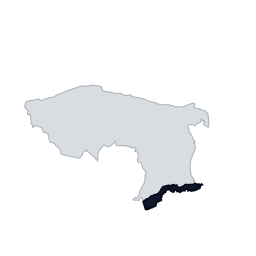 location of Putumayo, Loreto, Peru, rotated 131°
{"feature_id": "86281439B99020092108711", "entity_name": "Putumayo", "entity_type": "district", "adm_level": 2, "iso_a3": "PER", "parent_name": "Peru", "parent_adm1": "Loreto", "projection": "mercator", "projection_center": [-73.854, -1.731], "detail": "fine", "context": "in_parent", "style": "filled", "palette": "ink", "viewbox_px": 256, "rotation_deg": 131, "n_neighbors": 0, "source": "geoboundaries", "source_scale": "gbopen_adm2", "svg_char_len": 8532}
<svg xmlns="http://www.w3.org/2000/svg" viewBox="0 0 256 256"><g transform="rotate(131 128 128)"><path d="M178.8,76.5L178.8,77.1L178.0,77.5L177.2,77.0L176.1,77.1L174.4,75.6L170.4,75.8L168.7,77.6L166.0,78.0L163.2,78.8L159.9,79.2L154.8,82.0L153.6,83.2L151.3,84.9L149.4,85.4L148.5,90.6L146.6,93.7L145.9,95.3L146.9,97.8L146.9,99.0L145.8,100.0L145.0,100.2L143.2,101.2L140.6,103.5L140.2,105.3L141.0,107.6L140.7,107.9L138.5,108.3L138.6,109.6L138.2,110.1L140.0,112.0L141.0,112.4L141.1,112.9L140.9,113.4L140.5,113.6L140.4,114.0L141.8,115.4L142.7,118.1L144.6,119.5L144.7,120.4L145.2,121.3L146.2,122.0L148.5,124.7L148.6,126.0L146.2,129.0L150.1,129.0L154.5,130.0L155.1,130.5L155.7,131.8L155.7,132.7L156.6,133.4L156.5,135.1L162.3,135.1L166.0,134.7L172.1,129.7L173.0,129.3L172.5,130.4L172.5,131.2L172.8,132.0L172.1,133.2L172.0,145.4L173.1,144.7L174.5,145.9L175.6,145.9L178.9,144.6L182.7,144.8L191.7,160.7L191.0,161.8L191.0,162.7L189.9,163.4L188.8,164.6L188.7,171.0L187.8,173.0L188.3,174.0L188.8,176.0L189.7,177.2L189.9,178.0L189.8,178.3L188.5,179.0L188.4,180.2L186.2,182.5L185.8,184.0L184.9,184.5L184.8,186.3L186.8,189.1L185.5,190.8L184.3,193.3L186.4,198.7L187.2,199.4L188.1,199.4L189.4,199.9L190.1,200.7L188.5,201.7L188.2,202.1L188.4,203.9L186.6,205.2L184.1,208.5L183.5,208.7L182.3,209.7L182.1,210.2L182.3,210.7L183.3,211.7L183.4,213.0L181.7,214.5L180.4,214.6L180.0,215.0L180.5,217.1L180.5,218.1L180.1,219.2L179.2,220.4L176.6,221.6L174.3,221.8L170.3,218.7L169.0,217.5L165.0,214.8L164.4,212.1L163.0,210.7L160.6,209.7L158.7,208.3L157.2,207.6L153.6,204.5L150.3,203.6L144.2,200.3L140.9,199.2L136.7,196.2L134.4,195.4L132.6,194.0L127.1,191.0L126.2,190.0L125.3,188.5L124.1,187.6L122.7,185.6L120.7,184.4L118.7,182.8L116.3,178.6L115.1,177.6L115.0,175.7L114.2,174.8L115.4,174.2L116.2,171.2L115.8,169.7L113.0,165.7L112.4,164.1L110.4,161.0L109.7,159.2L108.0,157.8L107.3,156.7L106.4,156.2L106.4,154.8L105.7,152.1L104.8,150.8L101.6,148.2L101.3,145.5L100.5,143.6L96.0,135.9L93.4,128.6L91.2,124.5L90.3,122.2L90.2,120.9L88.6,118.7L87.7,116.8L84.0,113.0L81.9,108.7L81.6,107.5L80.1,105.1L77.8,102.1L76.6,100.9L69.6,97.2L66.2,94.9L65.8,93.7L66.0,93.1L66.7,92.4L67.7,92.9L68.4,92.7L68.8,91.9L68.8,90.6L68.2,89.0L66.0,85.9L66.6,84.5L64.3,80.9L64.8,77.4L65.3,76.5L68.7,72.9L69.7,71.4L71.2,70.4L72.7,69.0L74.5,67.9L75.0,68.3L75.5,70.2L75.4,71.5L75.9,72.9L74.7,74.1L73.3,73.9L72.8,74.2L72.6,74.8L72.8,75.8L73.2,76.2L74.2,76.2L72.8,78.1L72.9,78.4L73.9,78.8L74.8,78.3L75.7,77.2L76.3,77.1L79.8,78.9L81.4,78.7L82.6,79.5L82.8,80.9L84.5,83.5L87.0,84.1L87.5,83.9L88.1,82.9L88.6,82.8L88.7,81.3L91.0,79.8L91.3,78.7L91.0,78.0L91.0,77.4L92.3,74.0L92.8,73.6L93.1,72.5L93.7,71.8L94.4,68.0L95.0,68.0L95.6,68.9L96.3,68.7L95.9,67.8L96.0,67.5L98.5,64.5L99.3,63.8L111.2,59.6L117.1,55.3L122.4,49.2L124.0,43.1L124.6,43.5L125.6,43.4L125.3,40.9L125.5,39.7L125.5,39.4L123.8,37.9L123.2,36.3L121.7,35.4L121.8,35.0L123.3,35.3L124.7,35.2L125.8,34.2L126.7,34.3L128.7,35.7L130.1,35.8L130.6,36.8L132.0,37.5L134.0,39.6L134.9,41.9L134.8,42.3L135.7,43.5L137.6,44.1L139.6,45.8L141.6,46.3L142.5,47.9L143.0,48.4L143.3,49.2L143.0,50.3L143.3,50.8L144.7,51.7L146.0,51.8L146.3,52.2L147.0,54.7L146.5,56.0L146.7,56.7L148.4,57.3L148.9,57.9L150.2,58.0L152.0,57.5L154.4,58.2L156.1,58.0L157.0,57.8L157.8,57.2L158.5,57.2L160.3,55.6L160.8,55.5L162.8,56.2L164.4,57.3L166.4,57.1L167.3,56.4L168.7,56.0L171.4,57.4L172.0,58.0L172.7,58.1L175.5,59.5L176.0,60.0L177.5,60.6L177.8,61.0L177.7,61.5L171.1,71.9L173.2,72.7L175.1,72.2L176.1,72.9L176.8,74.6L178.3,75.7L178.8,76.5Z" fill="#d9dde1" stroke="#a8b0b8" stroke-width="1"/><path d="M173.7,68.3L177.9,61.6L177.8,61.2L177.8,60.8L177.6,60.5L177.3,61.0L177.1,61.0L176.9,60.9L176.9,60.5L176.8,60.3L176.7,60.3L176.5,60.6L176.3,60.5L176.2,59.7L175.8,59.4L175.3,59.8L174.9,59.6L174.9,59.4L175.4,59.2L175.5,59.1L174.8,58.9L174.4,59.2L174.2,59.2L173.9,58.8L173.8,58.5L173.3,58.7L173.0,58.2L172.7,58.1L172.9,58.4L172.9,58.6L172.6,58.8L172.2,58.8L172.0,58.5L172.2,57.9L171.8,58.1L171.7,58.0L171.8,57.6L171.7,57.5L170.9,57.2L170.7,56.9L170.1,56.8L169.9,56.3L169.7,56.2L169.4,56.2L169.2,56.4L169.0,56.5L168.9,56.4L168.7,56.1L168.4,56.0L168.2,56.3L168.5,56.8L168.5,57.0L168.2,56.9L168.1,56.7L167.9,56.6L167.2,56.7L167.0,56.8L167.0,57.0L167.1,57.3L166.7,57.3L166.6,57.7L166.4,57.7L166.0,57.3L165.7,57.5L165.7,57.3L165.3,57.4L165.2,57.7L164.8,57.8L164.4,58.0L164.3,57.8L164.4,57.4L164.1,57.2L163.8,56.7L163.6,56.6L163.4,56.7L163.6,57.3L163.5,57.5L163.4,57.5L163.2,57.0L163.2,56.4L162.5,56.3L161.9,55.9L161.1,56.2L161.0,55.9L161.2,55.5L161.0,55.3L160.7,55.5L160.4,56.0L160.1,55.8L159.5,57.1L159.0,57.1L159.2,57.6L158.8,57.5L158.2,57.6L157.8,57.3L157.5,57.6L157.4,57.7L156.9,58.0L157.0,58.4L156.8,58.7L156.7,58.6L156.6,58.3L156.1,58.4L155.8,58.3L155.7,58.3L155.7,58.5L155.3,58.7L154.6,58.9L154.5,58.7L154.2,58.1L154.0,58.3L153.6,58.2L153.1,58.2L152.9,58.0L152.6,57.9L152.3,57.6L152.1,57.5L151.9,57.6L151.9,57.8L151.7,58.0L151.6,58.4L151.5,58.5L151.4,58.4L151.4,58.1L151.2,57.8L150.9,58.1L150.7,57.9L150.2,58.1L149.8,58.3L149.3,58.3L148.9,58.5L148.9,58.4L149.0,58.1L148.7,58.0L148.6,57.4L148.3,57.5L148.2,57.5L147.9,57.1L147.8,57.5L147.6,57.5L147.6,57.1L147.4,57.1L147.0,57.2L147.1,56.8L146.7,56.5L146.6,56.2L146.5,55.8L147.0,55.7L147.1,55.2L147.5,55.0L147.6,54.8L147.2,54.7L147.3,54.3L147.0,54.1L147.0,53.7L147.1,53.4L147.1,53.0L147.2,52.8L147.1,52.6L146.7,52.5L146.8,51.9L146.4,52.0L146.2,51.5L146.0,51.4L145.9,51.5L145.9,51.9L145.7,51.9L145.8,51.8L145.7,51.7L145.3,51.7L145.1,51.8L145.2,52.1L144.4,51.6L143.9,51.8L143.9,51.5L143.6,51.3L143.2,51.2L142.9,51.0L142.9,50.8L143.1,50.5L143.2,50.1L143.6,49.8L143.7,49.6L143.4,49.6L143.4,49.2L143.4,48.9L143.3,48.7L143.1,48.7L142.9,48.2L142.4,48.1L142.7,48.0L142.7,47.9L142.6,47.6L142.4,47.5L142.5,47.1L142.3,47.2L142.1,47.1L142.0,46.5L141.7,46.5L141.4,46.2L141.1,46.4L140.9,46.3L140.8,45.9L140.7,45.9L140.7,46.2L140.5,46.4L140.4,46.4L140.1,46.3L140.0,46.2L139.6,46.2L139.2,45.5L139.2,45.2L138.6,45.1L138.7,44.8L138.6,44.7L138.3,44.9L138.1,44.8L138.0,44.5L138.0,44.0L138.0,43.9L137.8,44.0L137.7,44.3L137.2,44.3L136.5,43.9L136.0,43.9L135.5,43.7L135.5,43.3L135.4,42.8L135.0,42.8L135.0,42.6L135.5,42.6L135.5,42.3L135.7,42.0L135.3,42.1L135.2,42.0L135.3,41.6L135.0,41.8L135.0,41.4L134.7,41.4L134.4,41.2L134.7,40.9L134.8,40.6L134.4,40.3L134.5,40.0L134.3,39.7L134.2,39.2L134.0,39.4L133.9,39.3L133.9,38.8L133.5,38.7L133.4,38.5L133.2,38.7L133.2,38.4L132.9,38.5L132.6,38.0L132.4,37.9L132.4,37.7L132.0,37.6L132.0,37.3L131.5,37.5L131.3,37.4L131.3,37.1L131.0,37.3L130.9,37.2L130.8,36.7L130.3,35.8L130.0,35.7L129.6,36.1L129.2,36.1L129.0,35.8L128.8,36.0L128.5,35.7L128.4,35.3L127.9,35.2L127.3,34.6L126.7,34.5L126.3,34.2L125.9,34.3L125.9,34.5L125.5,34.9L125.5,35.0L125.3,35.1L125.2,35.3L124.7,35.3L124.6,35.2L124.4,35.2L124.4,35.4L124.0,35.5L123.8,35.3L123.5,35.3L122.9,34.9L122.6,34.9L122.5,35.1L122.4,35.1L122.1,35.0L122.0,34.9L122.0,35.7L122.3,35.6L122.8,35.6L123.3,36.2L123.3,36.8L123.4,37.0L123.9,37.8L124.2,37.9L124.2,38.1L124.5,38.3L124.8,38.3L125.0,38.5L125.1,38.9L125.4,38.8L125.4,39.1L125.6,39.0L125.7,39.3L125.8,39.3L125.8,39.5L125.7,39.6L125.7,39.8L125.8,39.9L125.8,40.0L125.7,40.4L125.8,40.5L126.3,40.9L126.1,41.0L126.8,41.3L126.8,41.5L127.1,41.6L127.5,41.6L127.7,41.8L127.8,41.8L128.2,42.0L128.6,42.7L128.8,42.8L129.0,43.0L129.3,43.5L129.6,44.0L130.2,44.2L130.3,44.3L130.5,44.4L130.8,44.9L130.9,45.0L131.0,45.4L131.7,46.0L132.0,46.3L132.2,46.6L132.3,47.0L132.7,47.1L132.7,47.3L133.0,47.4L133.2,47.7L133.5,47.6L133.7,47.8L133.9,47.8L134.1,47.8L134.9,48.1L135.1,48.3L135.3,48.2L135.9,48.4L136.2,48.3L136.7,48.6L137.3,49.1L138.1,49.1L138.4,49.7L138.8,49.8L138.9,50.0L139.3,50.7L139.7,50.7L140.0,50.9L140.0,51.5L139.8,52.1L139.8,52.4L139.4,52.9L139.4,53.3L139.2,53.6L139.0,53.8L139.3,53.9L139.6,54.1L140.1,54.2L140.3,55.2L140.8,55.5L140.6,56.1L140.9,56.3L141.1,56.9L141.3,57.0L141.5,56.8L141.9,56.9L142.5,57.4L142.6,57.6L143.1,57.7L143.4,58.1L143.8,58.1L144.5,58.6L144.5,58.9L144.3,59.3L144.6,60.0L145.0,60.2L145.5,60.4L146.2,61.0L146.8,61.1L147.0,61.7L147.6,61.8L149.4,63.2L150.6,63.1L151.7,62.9L152.9,62.9L154.0,62.4L154.4,62.5L154.7,62.4L155.2,62.3L155.8,62.4L156.5,62.0L156.8,62.0L157.3,62.4L157.6,62.4L158.0,62.1L158.5,62.8L159.8,63.1L160.3,63.1L160.5,63.3L160.5,63.9L160.8,64.3L161.2,64.5L161.8,64.4L162.1,64.7L163.2,65.0L163.6,65.5L163.9,65.7L163.9,65.9L164.0,66.0L164.6,66.0L164.8,65.7L165.3,65.8L165.4,66.0L165.6,66.0L166.0,66.3L166.9,66.1L167.7,66.1L167.9,66.5L168.6,66.8L168.9,67.2L169.7,67.6L170.4,67.8L171.5,67.7L171.7,67.8L171.9,68.1L172.1,68.2L172.5,68.2L173.2,68.0L173.7,68.3Z" fill="#0f172a" stroke="#020617" stroke-width="1.5"/></g></svg>